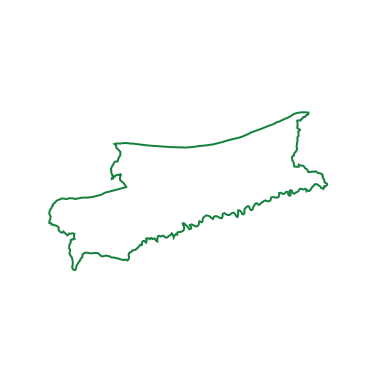 Alto Paraguai, Mato Grosso, Brazil, rotated 217°
{"feature_id": "56859067B7364247848985", "entity_name": "Alto Paraguai", "entity_type": "district", "adm_level": 2, "iso_a3": "BRA", "parent_name": "Brazil", "parent_adm1": "Mato Grosso", "projection": "albers", "projection_center": [-56.682, -14.768], "detail": "fine", "context": "isolated", "style": "outline", "palette": "green", "viewbox_px": 384, "rotation_deg": 217, "n_neighbors": 0, "source": "geoboundaries", "source_scale": "gbopen_adm2", "svg_char_len": 6041}
<svg xmlns="http://www.w3.org/2000/svg" viewBox="0 0 384 384"><g transform="rotate(217 192 192)"><path d="M264.2,156.8L262.9,157.8L262.8,159.2L262.3,160.5L261.5,161.1L260.6,161.6L260.1,163.1L259.1,162.9L258.5,161.1L258.1,159.9L257.3,158.8L255.9,158.1L254.7,158.1L253.1,158.1L251.7,157.9L250.1,157.4L247.5,156.4L249.1,154.2L258.6,142.1L260.4,140.0L261.1,139.1L262.2,136.6L263.1,134.8L263.9,133.8L266.0,131.3L267.7,128.9L269.0,127.9L270.0,126.5L271.2,125.5L272.8,124.0L274.9,122.6L276.0,121.6L277.3,120.5L278.2,119.2L279.2,118.3L280.6,116.5L281.6,115.9L283.4,115.2L284.6,114.4L286.4,113.0L287.5,111.4L288.7,110.4L289.7,110.0L290.9,109.3L292.2,108.3L292.9,106.8L293.6,106.0L294.6,104.1L295.1,102.1L295.1,100.6L295.5,99.2L295.6,98.0L294.8,97.2L295.1,95.8L294.5,94.3L294.6,93.0L294.4,91.5L293.6,89.7L292.4,88.4L291.5,87.9L290.1,87.3L289.0,85.3L288.3,82.8L287.3,81.4L285.9,82.3L284.6,81.4L283.6,82.3L282.1,82.5L280.8,83.2L278.4,83.6L276.8,83.3L276.1,81.6L275.0,81.1L273.4,80.9L272.4,81.0L271.0,81.5L270.9,83.1L269.9,82.9L266.7,82.5L265.5,82.3L265.0,83.2L265.3,84.6L264.1,85.5L262.9,86.7L262.1,87.4L260.7,87.8L260.1,86.4L259.0,84.9L257.7,84.0L258.7,83.4L258.5,82.3L259.5,81.8L259.9,80.5L258.7,79.1L258.3,78.1L258.3,76.5L257.2,74.4L256.1,73.0L254.8,72.7L254.0,71.7L253.5,70.2L252.9,69.4L252.1,68.6L249.1,67.6L248.0,66.9L246.8,66.0L244.8,64.0L243.5,62.1L242.9,60.5L241.8,59.3L239.9,58.5L238.4,59.2L238.5,60.8L239.9,64.1L240.2,67.5L240.2,69.9L240.6,71.0L240.7,72.5L240.3,73.8L241.7,76.2L241.6,77.4L241.0,78.9L239.8,80.0L238.4,80.9L237.4,81.2L235.2,82.6L233.1,84.8L232.0,85.5L231.1,86.2L229.8,86.7L228.6,86.4L225.9,86.2L224.7,86.8L223.7,87.8L222.8,89.2L219.0,91.1L217.3,91.1L216.2,91.7L214.8,92.8L213.2,93.3L212.0,94.0L210.4,94.7L209.3,94.9L207.9,95.5L206.7,96.2L205.6,96.4L205.0,97.4L203.7,98.4L202.5,98.4L202.1,99.3L202.4,100.9L203.4,102.4L204.4,103.1L205.0,104.2L205.4,105.4L205.2,106.5L204.6,107.4L204.5,108.9L203.6,110.4L202.2,112.0L202.2,113.6L201.6,114.9L201.6,116.3L201.7,117.8L201.4,118.9L200.2,119.2L200.5,120.4L201.4,121.4L201.7,122.4L201.5,123.6L200.2,124.3L199.2,123.9L198.1,124.0L198.5,125.1L199.2,126.3L200.5,126.9L199.9,128.2L198.7,128.8L197.3,128.9L197.5,129.9L196.9,130.7L195.3,130.6L194.3,132.2L193.1,132.3L192.2,131.7L190.9,131.4L189.9,131.6L190.8,132.8L192.6,135.8L192.2,137.0L190.3,137.5L189.4,139.2L188.3,139.9L186.7,139.6L185.3,139.9L184.3,141.0L184.0,143.1L183.2,144.6L183.3,146.8L182.1,146.6L180.9,145.8L179.3,144.7L179.7,145.8L179.5,149.0L178.2,149.0L179.2,151.0L178.6,152.0L177.0,153.3L175.8,155.5L175.8,157.2L176.8,158.7L178.0,159.7L179.0,160.2L180.5,161.3L179.8,162.1L178.4,162.1L177.0,161.7L175.7,161.8L174.0,161.4L171.7,160.6L170.8,162.1L171.5,163.5L172.7,163.7L173.9,164.3L172.9,165.8L172.0,166.1L169.7,166.5L168.5,166.7L167.4,167.4L166.9,169.0L167.1,170.3L167.8,171.4L168.4,173.1L167.0,173.4L165.9,173.8L166.0,175.1L166.9,176.4L167.3,177.6L167.4,178.7L167.2,179.9L166.8,181.2L166.2,182.1L165.0,182.7L163.9,183.0L162.4,183.2L160.7,182.9L159.1,183.0L159.5,185.3L158.9,186.7L158.0,187.3L157.0,187.7L154.7,188.0L153.3,188.4L152.4,189.3L152.9,191.0L153.7,191.8L154.3,193.1L153.5,194.6L150.8,194.8L149.4,195.2L148.5,196.0L147.9,197.3L147.5,199.0L146.3,200.5L145.0,200.6L143.2,199.9L141.7,199.1L140.6,199.5L141.9,202.2L143.1,203.8L144.1,205.1L142.8,205.9L141.1,205.7L139.7,205.4L138.4,204.5L137.4,205.3L137.4,206.7L138.4,207.9L139.3,209.2L139.8,210.4L139.2,214.0L137.8,214.8L135.2,213.2L134.1,213.0L133.2,213.8L133.3,215.2L134.0,216.6L134.1,218.3L134.4,220.8L133.5,222.1L131.9,221.8L130.7,222.0L129.8,226.0L129.2,227.0L129.2,228.1L128.4,229.4L125.3,230.4L124.5,231.9L124.4,233.1L125.1,234.1L125.5,235.5L124.2,236.7L121.2,238.3L120.2,239.3L119.9,240.5L120.6,242.0L121.8,243.7L120.9,244.6L119.4,245.0L118.1,245.2L117.3,245.9L117.1,247.4L116.9,248.8L115.7,249.7L113.5,247.9L112.5,247.5L111.6,247.9L111.5,249.3L114.0,251.0L114.6,251.8L114.3,252.8L113.2,253.2L112.1,252.3L110.8,251.8L109.2,252.3L108.7,254.1L108.0,255.3L107.5,256.8L107.8,258.2L107.7,259.5L106.7,260.3L105.4,260.6L104.2,261.3L103.2,262.9L101.8,262.4L101.0,261.6L100.7,262.9L99.3,263.0L98.6,264.5L99.0,267.9L98.6,269.4L98.7,270.8L98.5,272.3L97.5,273.1L95.6,273.5L92.6,273.6L91.5,273.0L90.4,273.5L89.1,273.5L89.2,275.0L89.9,276.1L88.9,276.6L88.4,279.1L89.3,279.9L90.9,279.5L92.4,279.8L93.3,280.9L94.4,281.7L95.9,281.9L96.5,282.9L97.5,283.2L97.9,284.3L99.4,284.5L101.3,283.9L102.5,283.0L104.9,283.1L105.9,282.8L106.8,281.5L108.1,281.0L108.7,280.0L109.7,279.2L110.3,278.3L111.7,278.0L113.3,279.3L116.2,279.1L117.8,279.8L119.3,279.7L120.5,279.0L122.0,278.3L123.1,278.1L122.0,276.5L123.2,275.4L124.8,274.3L125.8,274.0L127.0,275.1L128.2,276.4L129.5,277.3L130.9,277.6L131.8,278.7L133.1,279.8L133.2,281.3L132.5,282.6L133.5,284.1L133.6,285.4L133.3,286.6L133.6,288.0L133.7,289.4L134.9,290.3L136.2,291.8L137.0,293.5L137.8,294.4L138.2,295.8L138.9,296.8L140.0,298.2L140.9,299.7L140.6,300.8L141.3,302.0L143.5,304.0L143.2,305.2L143.2,306.6L144.7,306.6L146.2,306.4L147.4,307.6L147.8,308.9L148.6,309.8L150.9,312.3L149.5,313.8L148.3,314.4L148.7,315.5L148.2,317.0L148.2,318.9L147.0,319.8L147.0,321.5L146.7,322.8L145.9,323.9L146.8,325.5L150.0,323.5L152.6,321.4L154.6,319.5L155.7,318.3L157.2,316.1L158.0,314.3L159.2,311.0L160.6,308.2L161.8,306.4L162.7,304.8L164.7,300.8L166.0,299.1L166.7,298.0L167.1,296.6L168.9,293.5L170.9,290.6L172.9,287.1L176.4,281.5L178.4,278.6L180.9,274.6L181.7,272.7L185.3,266.3L187.0,263.9L192.5,257.3L194.8,254.3L198.9,248.8L203.5,243.1L208.5,238.0L213.7,233.2L218.6,228.3L223.7,223.8L235.7,215.3L251.8,204.8L258.0,201.0L268.3,195.1L269.9,193.9L273.2,192.0L275.5,190.4L278.4,187.6L279.9,186.5L280.9,185.8L281.8,185.0L282.8,183.6L280.6,183.5L279.0,181.7L277.9,181.7L276.5,181.4L274.8,181.3L273.6,181.0L272.5,179.8L271.5,178.3L271.2,177.0L271.2,175.9L270.8,174.4L270.4,173.0L269.8,171.6L270.7,171.0L271.5,170.1L271.8,169.1L271.8,167.7L271.3,166.3L271.4,164.7L270.9,163.0L270.6,161.4L269.4,160.7L268.7,159.4L266.4,157.8L265.5,157.3L264.2,156.8ZM264.2,156.8L264.4,155.1L263.9,154.2L263.1,155.4L264.2,156.8Z" fill="none" stroke="#15803d" stroke-width="2"/></g></svg>